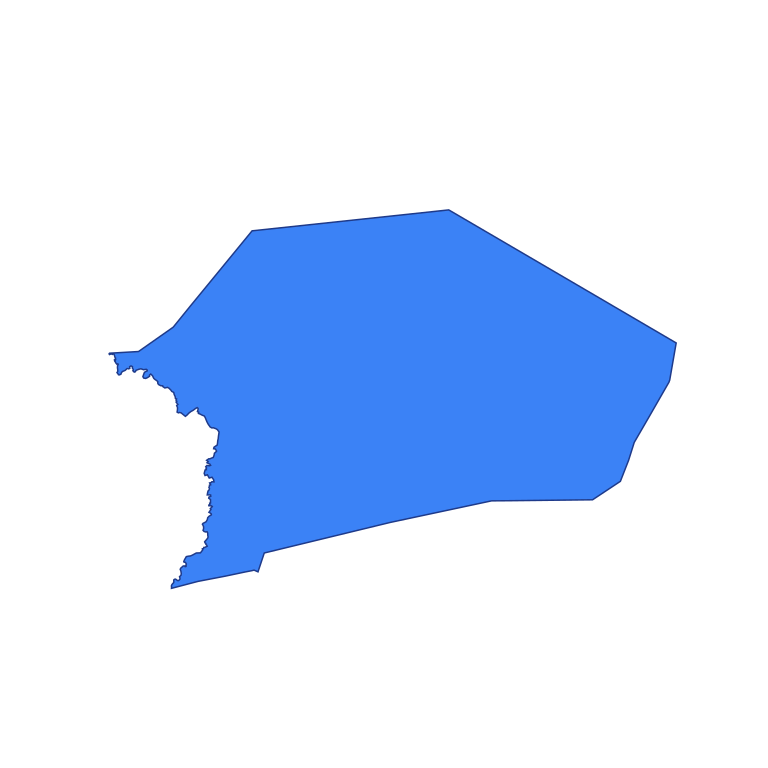 San Miguel Tenango, Oaxaca, Mexico (Natural Earth projection), rotated 64°
{"feature_id": "50627088B60096120896365", "entity_name": "San Miguel Tenango", "entity_type": "district", "adm_level": 2, "iso_a3": "MEX", "parent_name": "Mexico", "parent_adm1": "Oaxaca", "projection": "natural_earth1", "projection_center": [-95.556, 16.228], "detail": "fine", "context": "isolated", "style": "filled", "palette": "blue", "viewbox_px": 768, "rotation_deg": 64, "n_neighbors": 0, "source": "geoboundaries", "source_scale": "gbopen_adm2", "svg_char_len": 3914}
<svg xmlns="http://www.w3.org/2000/svg" viewBox="0 0 768 768"><g transform="rotate(64 384 384)"><path d="M236.0,617.2L236.4,617.9L237.2,617.8L237.3,616.3L237.6,615.7L238.3,615.2L238.0,614.1L239.4,613.6L240.3,613.8L242.3,614.1L243.1,613.9L243.5,614.4L244.5,614.5L244.7,614.9L244.1,615.2L244.1,615.7L245.3,616.0L245.5,615.6L247.1,615.9L249.1,615.4L249.1,614.6L249.7,614.2L250.3,614.8L250.7,615.4L252.6,616.5L254.0,616.9L255.9,617.7L256.7,619.0L258.5,618.6L259.3,618.6L259.8,617.9L259.9,616.2L258.9,615.2L258.1,613.7L258.2,612.4L258.3,610.7L257.5,608.2L258.0,607.2L258.5,606.8L258.5,605.6L256.9,605.0L256.8,603.7L257.3,603.0L258.2,602.5L259.3,603.2L260.6,603.0L261.6,603.1L262.0,603.9L263.8,603.3L264.0,602.2L263.4,601.3L263.0,600.9L263.3,597.9L263.8,595.8L265.8,593.8L266.1,592.6L266.6,591.2L267.7,590.7L268.4,591.1L268.4,592.1L268.4,593.1L268.5,594.2L269.7,595.5L271.7,597.5L273.3,597.4L274.5,595.8L274.6,594.0L274.3,591.3L273.2,590.9L272.8,589.3L274.0,588.8L275.5,588.4L277.0,588.5L278.2,588.4L279.6,587.8L281.5,586.7L283.0,586.3L283.4,586.7L284.3,587.0L285.6,586.9L287.7,585.4L288.6,583.7L288.8,583.7L289.4,583.9L291.5,582.7L292.1,580.1L293.5,579.1L296.2,578.2L297.6,578.0L299.4,576.7L301.6,577.2L303.8,577.2L305.5,577.8L306.5,577.0L307.3,578.0L308.7,577.8L309.1,578.8L312.0,578.2L312.5,579.8L314.6,579.9L315.8,580.5L316.5,580.9L317.6,581.6L318.5,582.3L319.8,581.5L319.9,580.4L321.0,579.0L326.0,576.7L325.5,574.4L324.7,572.4L324.1,569.7L324.0,567.3L323.4,564.1L323.3,562.3L324.4,561.8L325.4,562.3L327.0,563.8L328.1,562.9L328.6,563.4L329.1,563.7L330.5,562.4L332.3,561.1L333.9,559.6L335.8,559.4L338.4,559.6L340.0,559.7L341.5,559.7L343.5,559.6L345.0,559.3L346.4,559.1L348.0,558.0L348.5,556.6L350.7,554.5L352.1,553.7L354.9,553.3L358.2,555.6L360.5,557.0L362.2,558.4L363.6,559.2L365.7,560.6L366.3,564.5L367.5,565.5L368.6,564.0L370.9,563.9L371.4,565.0L371.9,566.8L373.5,567.9L375.2,569.7L375.0,571.1L374.9,573.4L374.4,574.2L374.8,576.9L376.6,576.0L377.2,577.6L379.8,575.6L381.1,575.5L381.0,576.7L379.6,578.8L380.2,580.5L381.7,580.3L382.1,581.1L383.1,581.2L382.8,582.4L384.1,583.6L385.5,584.8L387.8,585.0L388.2,582.5L390.3,582.4L391.9,582.3L392.4,579.5L395.3,579.1L397.4,579.7L396.4,581.6L396.8,582.6L396.5,584.1L398.6,584.0L398.4,585.2L399.5,585.9L400.2,586.7L401.5,586.7L402.5,587.6L403.0,589.0L404.0,589.9L406.2,591.5L407.7,588.5L409.0,588.9L408.9,590.9L409.8,591.6L411.8,590.6L414.9,592.1L414.7,592.9L415.8,593.2L416.0,594.5L416.6,594.8L418.0,592.4L418.9,592.1L419.9,594.8L421.0,594.6L421.7,596.0L422.6,597.6L424.0,596.6L425.1,596.2L425.9,596.5L426.2,599.3L426.9,601.1L428.4,602.2L429.8,604.3L429.9,605.9L429.9,607.7L430.4,608.7L431.5,608.6L433.0,608.7L434.5,609.3L435.4,610.0L436.2,610.8L437.6,610.4L438.8,609.2L439.2,607.8L440.6,607.8L441.4,608.1L442.6,608.7L444.2,609.1L445.1,609.8L446.1,611.8L446.7,613.3L447.2,614.4L448.4,614.5L449.2,614.0L450.1,614.4L451.1,614.0L452.3,614.0L452.3,616.7L451.9,617.6L452.8,618.5L452.5,619.5L453.7,619.8L455.3,623.0L453.6,626.8L453.8,631.3L453.7,633.3L453.0,635.3L452.6,636.8L452.5,637.4L453.0,638.1L454.4,640.2L455.8,641.8L456.5,641.8L457.2,640.7L458.3,640.6L459.2,640.6L460.0,641.5L460.7,641.5L461.2,641.9L461.0,642.8L460.1,643.0L459.7,643.8L459.6,644.7L460.0,645.8L460.4,647.4L461.2,648.4L463.2,648.6L465.5,649.3L466.9,650.3L467.3,651.5L467.6,652.3L468.7,652.4L469.6,652.7L470.0,653.0L470.4,654.0L470.6,654.9L470.1,655.8L469.2,656.2L468.3,656.7L467.8,657.2L467.7,658.0L467.9,658.8L468.4,659.1L469.4,659.5L470.3,660.1L470.6,660.9L471.0,661.9L471.5,662.8L472.4,663.7L472.9,663.7L474.5,664.6L479.9,637.6L487.1,611.0L492.0,591.5L493.9,584.4L494.3,582.4L497.6,579.6L483.4,565.7L511.1,439.3L536.2,338.5L543.9,322.4L579.5,247.3L575.1,214.2L559.8,197.6L546.2,184.7L529.2,159.4L507.3,127.1L506.4,126.2L506.2,126.1L505.9,125.6L475.2,103.4L387.0,162.1L255.9,249.5L188.5,435.4L229.0,523.8L240.5,548.5L247.2,590.4L236.0,617.2Z" fill="#3b82f6" stroke="#1e3a8a" stroke-width="1.5"/></g></svg>